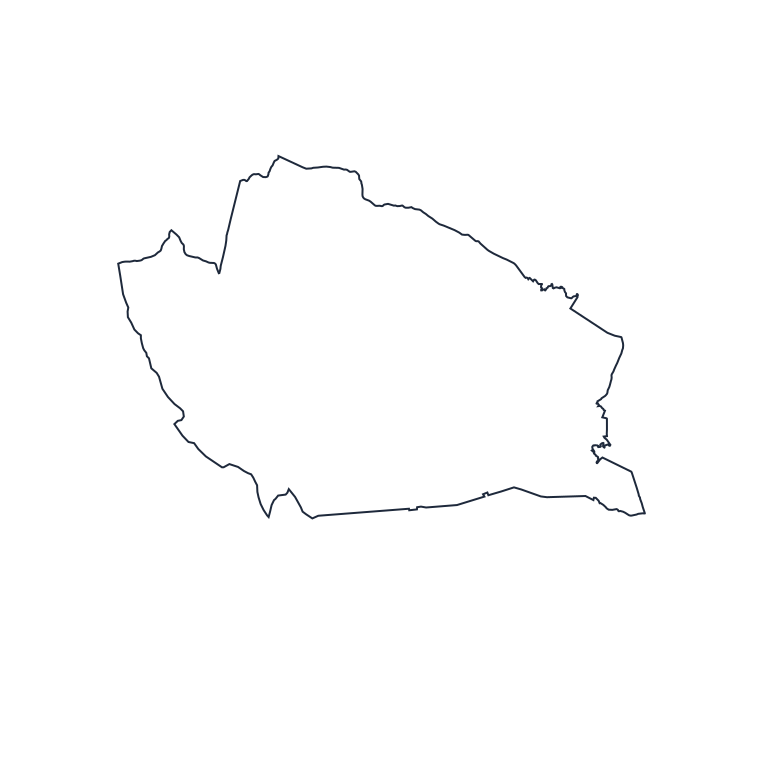 outline of Solca, Suceava, Romania, rotated 29°
{"feature_id": "2599482B53673955523136", "entity_name": "Solca", "entity_type": "district", "adm_level": 2, "iso_a3": "ROU", "parent_name": "Romania", "parent_adm1": "Suceava", "projection": "albers", "projection_center": [25.836, 47.708], "detail": "fine", "context": "isolated", "style": "outline", "palette": "slate", "viewbox_px": 768, "rotation_deg": 29, "n_neighbors": 0, "source": "geoboundaries", "source_scale": "gbopen_adm2", "svg_char_len": 6149}
<svg xmlns="http://www.w3.org/2000/svg" viewBox="0 0 768 768"><g transform="rotate(29 384 384)"><path d="M263.3,533.7L282.7,535.4L284.1,534.6L287.6,529.0L296.6,527.3L303.6,528.0L308.3,527.9L311.6,527.4L315.1,529.3L319.0,532.1L322.1,534.1L325.6,539.8L329.2,543.9L334.3,548.8L339.8,552.6L345.5,555.6L347.6,556.3L346.3,551.1L344.4,544.4L344.1,538.9L344.8,537.1L345.5,532.9L351.6,528.4L352.2,525.9L351.7,522.1L361.0,525.9L371.1,532.2L374.7,535.1L378.9,535.7L386.5,536.3L390.4,531.1L466.3,481.0L467.3,482.2L473.6,477.7L472.7,475.7L475.8,473.3L480.7,471.6L506.5,454.5L526.4,433.8L524.1,432.4L527.0,428.8L529.2,430.7L538.6,421.2L547.8,411.4L555.2,409.7L575.7,406.3L581.4,404.0L614.5,384.3L623.4,384.0L622.7,381.7L624.4,380.9L628.4,382.1L630.4,383.7L630.9,383.2L634.4,383.4L637.6,384.2L639.0,384.8L641.4,385.0L644.7,383.4L648.0,380.7L649.0,380.6L649.8,380.8L650.3,381.3L651.2,381.4L652.2,380.5L655.0,379.8L657.3,379.7L661.9,380.0L663.2,379.7L664.3,379.1L668.2,375.7L669.3,374.3L672.8,371.8L674.8,370.8L674.8,370.6L670.0,366.2L667.3,363.4L663.9,360.5L662.9,359.2L661.1,358.2L660.2,357.0L655.4,352.3L643.7,341.4L642.8,340.8L610.7,342.4L609.6,345.0L608.9,349.7L608.8,349.9L608.5,350.0L608.0,349.6L607.8,348.5L608.4,347.5L608.5,346.9L607.9,346.3L607.8,345.6L607.0,345.1L606.9,344.5L606.7,344.2L605.9,344.0L604.0,344.0L603.5,343.4L601.4,343.0L601.3,342.2L600.9,341.9L599.7,341.8L598.0,341.4L598.1,341.2L598.9,341.1L599.8,340.6L597.9,339.6L596.8,338.3L596.6,337.8L596.7,337.0L596.9,336.2L597.8,335.8L598.1,335.3L600.4,334.3L601.2,334.3L601.6,335.1L602.0,335.3L603.5,334.3L603.8,333.8L603.8,333.2L602.8,332.7L602.6,332.1L603.2,330.4L604.2,329.3L604.6,329.3L604.8,329.7L605.7,332.2L606.8,332.8L607.6,332.7L607.6,332.4L606.9,331.3L607.0,330.7L607.3,330.3L608.1,329.6L608.8,328.6L609.1,328.4L609.9,328.4L610.3,328.7L611.2,328.7L611.5,328.5L611.5,327.5L605.8,324.7L603.0,324.2L601.7,323.4L604.3,321.5L603.0,319.6L601.1,315.8L595.8,306.3L595.3,306.1L591.1,307.3L590.2,300.2L588.8,300.2L587.9,299.5L586.4,299.3L584.7,298.5L583.3,298.6L582.1,299.5L582.2,298.2L581.9,298.0L581.2,297.8L580.4,297.3L580.1,297.4L579.7,297.6L579.6,298.0L579.4,298.0L579.3,297.4L579.5,297.2L579.6,296.8L579.1,295.7L581.2,292.0L581.2,291.0L583.2,287.2L583.5,286.1L583.8,284.4L583.6,283.3L582.7,281.0L582.5,277.4L582.0,275.1L580.9,270.9L580.8,270.1L580.1,268.2L578.7,266.0L578.5,265.0L578.6,261.8L578.3,259.9L577.9,255.2L577.8,252.6L577.1,247.1L576.8,242.3L575.9,238.7L575.7,237.0L574.6,234.5L573.9,233.4L573.1,232.3L569.1,228.1L568.6,228.0L562.4,229.9L554.6,230.9L510.4,227.6L511.1,214.9L511.1,214.0L510.5,213.2L510.5,212.2L509.7,211.7L509.3,211.7L509.1,211.9L509.1,212.2L509.8,213.4L509.8,213.6L507.4,215.4L507.0,216.1L506.5,217.9L506.2,218.3L502.4,219.3L500.7,218.8L499.9,217.7L499.3,216.5L497.7,215.8L496.4,214.7L495.6,213.5L495.0,213.4L493.7,213.5L493.0,212.9L492.2,212.9L491.3,213.4L491.2,213.7L491.9,214.5L491.4,215.0L488.0,215.8L486.7,217.0L486.3,217.7L485.9,218.2L485.5,218.2L485.1,218.2L483.3,215.8L482.9,215.3L482.4,215.1L482.1,215.5L482.4,216.6L482.4,217.0L481.9,217.8L480.5,218.7L480.3,219.2L480.4,220.5L479.7,221.5L479.9,222.0L479.7,223.9L479.4,224.0L479.0,223.5L478.4,223.4L477.6,224.3L476.8,224.6L476.7,224.9L476.9,225.4L476.7,225.6L476.1,225.9L475.8,225.5L475.8,224.4L475.7,223.6L474.6,223.4L474.2,222.9L474.1,222.4L473.6,221.3L473.7,220.6L473.8,220.2L473.6,220.0L470.8,221.6L469.4,221.2L466.6,219.7L465.3,219.6L464.9,219.8L464.7,220.2L464.6,221.9L460.0,220.6L459.7,221.0L459.4,222.4L458.3,221.7L457.7,221.7L457.1,221.8L456.5,222.5L455.2,222.3L442.2,216.3L440.8,215.8L439.0,215.4L431.0,215.7L427.1,216.2L416.8,216.8L411.1,216.7L409.4,216.5L400.2,214.4L397.6,213.4L396.6,213.7L395.4,214.4L394.6,214.5L385.7,212.7L385.0,212.8L382.4,214.4L379.8,215.5L376.4,215.1L371.1,215.2L359.5,216.5L355.3,217.3L354.1,217.3L350.8,216.9L346.1,215.9L341.3,215.6L338.2,215.0L335.1,214.8L332.1,214.2L330.5,214.3L326.3,216.0L323.7,216.2L322.3,216.0L320.0,217.9L317.6,219.3L316.2,219.5L313.9,219.0L313.3,219.1L311.5,220.7L309.4,222.0L307.3,222.4L306.2,223.2L300.2,224.5L297.4,226.8L296.9,227.6L296.8,228.3L296.4,229.1L295.9,229.5L293.8,230.2L291.2,231.8L290.2,232.2L289.4,232.2L283.8,231.0L281.9,230.9L278.0,231.5L276.5,231.4L275.3,230.9L274.2,230.1L273.3,228.8L270.7,223.8L268.1,220.5L266.8,219.3L266.3,218.4L265.6,217.8L263.0,216.7L261.1,213.8L259.8,213.1L256.4,212.1L255.0,212.3L252.0,214.6L251.0,215.0L247.9,214.6L246.7,214.9L245.0,215.9L239.8,216.8L234.2,219.7L231.8,220.3L228.2,221.8L225.3,223.6L221.2,226.7L217.3,229.2L216.0,230.6L211.6,233.4L207.7,233.9L181.2,235.8L182.2,237.9L182.1,238.6L181.5,240.0L180.2,241.9L180.2,243.4L180.6,246.9L180.2,248.5L180.3,250.6L180.8,253.5L180.6,255.0L180.7,255.5L181.2,256.4L181.6,258.8L181.2,259.5L180.3,260.4L177.9,261.6L174.7,261.4L173.2,261.1L172.3,261.2L170.3,262.7L168.5,263.5L167.5,264.7L166.9,266.2L166.2,268.5L166.3,270.1L165.8,272.9L165.2,273.3L163.8,273.1L162.8,273.2L161.7,273.9L159.8,276.2L170.0,314.2L173.0,324.8L173.5,327.3L174.1,329.2L174.2,330.2L176.5,335.0L178.4,340.1L181.6,351.0L183.9,359.8L185.1,362.6L186.2,366.8L185.8,367.2L182.0,364.1L179.1,361.1L178.4,360.7L177.2,360.5L176.4,360.7L173.0,362.4L171.6,362.8L168.9,363.0L165.8,363.7L161.2,363.5L159.6,363.7L157.6,364.8L151.6,366.5L149.3,366.9L147.6,366.6L145.5,365.4L143.6,363.2L142.1,360.3L141.0,359.3L138.7,358.7L136.7,357.4L133.7,355.0L130.0,353.9L123.5,352.6L122.9,354.9L123.5,357.2L124.8,359.3L125.0,360.8L124.3,362.1L123.9,363.8L123.3,364.9L123.0,368.2L123.0,369.4L122.9,370.9L123.7,373.6L124.0,375.5L123.5,376.8L122.5,378.5L121.2,382.4L118.5,385.8L113.2,390.5L112.7,391.3L112.2,392.7L111.6,393.6L110.5,394.6L108.2,396.3L106.6,396.8L105.6,397.4L104.5,398.5L102.4,400.2L98.7,402.2L97.4,403.1L95.9,404.3L93.2,407.6L100.9,417.3L112.3,432.0L119.2,438.0L123.3,441.1L124.6,444.9L127.6,449.7L133.2,452.9L139.3,457.4L144.3,458.9L147.7,459.2L149.2,461.9L152.5,465.8L156.1,469.5L158.1,470.8L161.0,472.0L163.2,474.7L166.0,475.5L172.9,483.1L179.8,484.5L183.7,486.7L192.5,495.6L201.3,500.1L210.5,503.1L217.5,504.1L221.5,505.3L224.7,509.5L224.3,513.8L221.5,516.2L220.1,520.7L232.8,526.9L241.1,529.5L246.6,527.8L253.1,530.9L263.3,533.7Z" fill="none" stroke="#1e293b" stroke-width="2"/></g></svg>